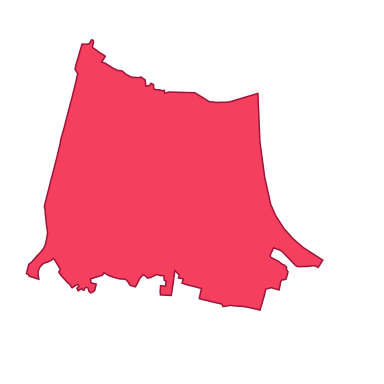 Hai Ba Trung, Ha Noi, Vietnam, rotated 14°
{"feature_id": "81297802B70315889029707", "entity_name": "Hai Ba Trung", "entity_type": "district", "adm_level": 2, "iso_a3": "VNM", "parent_name": "Vietnam", "parent_adm1": "Ha Noi", "projection": "robinson", "projection_center": [105.856, 21.007], "detail": "fine", "context": "isolated", "style": "filled", "palette": "rose", "viewbox_px": 384, "rotation_deg": 14, "n_neighbors": 0, "source": "geoboundaries", "source_scale": "gbopen_adm2", "svg_char_len": 3632}
<svg xmlns="http://www.w3.org/2000/svg" viewBox="0 0 384 384"><g transform="rotate(14 192 192)"><path d="M61.6,266.1L61.8,267.5L62.0,269.0L62.1,270.8L62.4,276.0L62.4,278.3L62.3,279.5L62.1,280.5L61.9,281.5L61.6,282.5L61.2,283.6L60.4,285.4L59.9,286.4L58.8,288.6L57.5,290.8L56.9,291.8L55.9,293.8L55.0,295.6L53.5,298.4L53.2,299.0L51.7,300.9L51.2,301.5L51.0,311.2L52.3,311.3L53.2,311.8L53.8,312.5L54.3,313.1L64.5,313.7L63.1,310.5L62.4,308.6L62.0,306.3L62.1,304.3L62.5,302.1L63.5,299.6L64.4,298.4L65.5,297.0L70.2,293.9L71.9,292.4L73.9,289.9L82.9,298.8L82.1,302.0L85.4,304.9L93.7,310.3L95.5,310.9L97.2,312.8L98.4,313.8L99.0,313.9L101.7,310.8L103.2,309.5L104.4,309.8L104.8,310.5L104.8,311.0L104.4,312.0L103.6,313.2L105.5,315.4L108.3,312.4L109.6,313.3L110.7,313.5L111.2,313.2L111.2,311.8L111.8,310.5L112.1,310.2L113.6,310.2L114.3,310.3L114.7,311.0L116.2,313.5L118.2,314.4L119.8,313.1L121.4,311.3L121.4,304.5L116.0,304.6L114.5,300.9L125.3,294.4L125.9,291.6L132.4,293.4L138.7,293.8L143.0,293.8L147.5,292.9L148.9,293.0L150.1,293.6L152.6,295.5L153.6,296.8L154.4,297.5L155.9,297.6L160.1,297.7L162.5,287.8L164.1,284.9L165.6,284.2L168.4,285.4L169.7,286.3L172.6,285.0L176.3,281.7L178.2,280.6L180.4,280.6L181.6,280.8L181.7,280.6L185.0,280.1L186.3,284.3L188.4,284.6L189.1,290.0L185.0,290.3L184.2,290.5L184.4,291.9L185.1,295.8L185.8,298.3L186.3,299.5L196.9,297.4L195.6,283.3L194.3,272.3L199.7,275.7L199.7,278.7L204.5,278.4L204.5,279.6L204.4,282.9L210.9,283.2L211.9,283.3L215.3,283.2L220.3,283.3L224.5,283.3L224.8,293.6L227.6,293.8L231.5,293.7L240.0,293.7L248.0,293.5L249.8,295.7L256.8,292.7L260.5,292.3L268.0,290.9L273.8,290.3L286.6,290.1L286.6,288.5L287.2,275.1L287.1,268.5L290.6,266.4L292.0,265.7L300.2,266.0L299.8,256.9L300.6,255.7L304.2,254.0L304.5,250.1L304.5,248.7L304.4,246.1L304.1,245.8L302.0,244.0L302.2,242.4L300.3,241.0L298.9,240.5L297.4,240.3L296.3,239.9L295.4,239.7L294.9,239.3L293.8,238.9L293.0,238.4L291.8,238.1L290.1,237.7L286.6,236.9L284.4,236.3L283.8,236.0L283.4,235.6L283.4,234.6L283.3,233.4L283.8,230.8L284.3,228.9L284.4,227.9L284.7,226.5L285.7,226.6L290.1,227.0L292.5,227.4L294.1,228.1L300.7,232.2L309.0,237.5L311.2,238.7L312.1,238.8L314.1,238.5L316.5,237.8L321.9,236.4L323.3,235.8L327.0,234.4L327.4,234.2L328.4,234.0L329.3,234.0L331.2,234.3L332.7,234.6L335.4,226.5L313.1,218.9L301.2,212.8L289.8,205.0L279.1,194.9L271.5,185.2L259.1,160.4L257.0,155.1L245.7,126.7L232.1,80.4L206.1,95.8L201.3,97.2L200.6,97.4L200.0,97.5L199.4,97.7L199.0,97.8L196.9,98.4L194.5,99.0L194.0,99.1L193.5,99.3L193.2,99.4L191.8,99.3L188.4,100.1L187.5,100.2L186.3,100.0L181.5,98.4L179.9,97.9L176.2,96.7L170.8,95.0L157.2,98.0L156.6,98.1L152.3,99.1L145.6,100.5L142.9,102.0L142.7,102.1L141.6,102.7L140.6,100.1L139.0,100.8L135.8,100.7L132.8,101.4L130.0,101.3L128.7,97.1L125.9,96.4L125.3,98.2L123.5,99.8L121.4,100.3L120.8,98.0L119.2,94.4L114.4,92.7L113.4,93.8L105.6,95.2L105.4,95.2L102.4,94.5L98.9,93.6L97.1,92.5L94.8,91.4L92.7,91.6L91.1,92.0L86.3,91.2L78.3,88.6L76.6,88.0L73.0,87.8L74.3,83.8L75.0,81.2L67.4,78.6L64.4,77.3L63.6,77.0L62.7,76.6L60.7,76.0L60.2,74.5L60.3,71.0L59.8,69.3L59.2,68.6L57.5,68.8L56.6,72.7L55.3,73.6L53.0,74.4L49.5,75.1L49.4,78.7L49.1,85.1L48.9,91.6L48.6,96.4L48.8,101.2L52.5,104.9L52.5,107.2L52.6,110.7L52.7,113.3L52.7,116.4L52.7,122.0L52.7,124.8L52.7,128.7L52.7,130.4L52.6,135.3L52.6,136.6L52.5,146.2L52.4,157.2L52.4,160.4L52.1,168.3L52.0,174.1L52.4,177.8L52.4,184.2L52.5,191.4L52.4,204.9L52.3,212.2L52.2,230.1L52.2,241.9L52.7,242.7L52.8,242.9L52.9,243.2L53.0,243.4L53.0,243.6L53.3,243.9L53.5,244.2L53.7,244.5L54.7,248.1L55.0,248.9L56.6,253.3L58.2,257.5L58.9,259.5L61.6,266.1Z" fill="#f43f5e" stroke="#9f1239" stroke-width="1.5"/></g></svg>